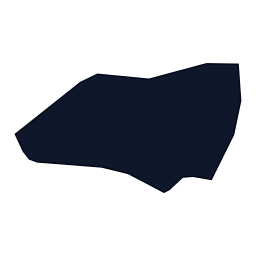 an SVG outline of Diego Martin
{"feature_id": "TTO-51", "entity_name": "Diego Martin", "entity_type": "Region", "adm_level": 1, "iso_a3": "TTO", "parent_name": "Trinidad and Tobago", "parent_adm1": "", "projection": "natural_earth1", "projection_center": [-61.564, 10.711], "detail": "fine", "context": "isolated", "style": "filled", "palette": "ink", "viewbox_px": 256, "rotation_deg": 0, "n_neighbors": 0, "source": "natural_earth", "source_scale": "10m", "svg_char_len": 360}
<svg xmlns="http://www.w3.org/2000/svg" viewBox="0 0 256 256"><path d="M164.0,192.2L128.2,173.4L101.4,166.9L37.4,161.9L29.4,159.0L23.3,151.2L15.4,134.2L80.5,82.5L97.5,74.3L148.9,79.3L206.6,63.8L238.0,64.3L238.5,70.3L240.6,100.8L233.5,134.6L211.3,179.4L192.8,176.2L182.5,177.1L169.1,189.6L164.0,192.2Z" fill="#0f172a" stroke="#020617" stroke-width="1.5"/></svg>